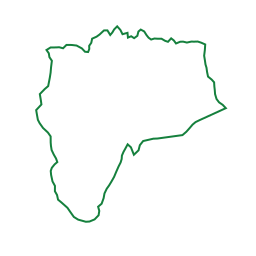 the district of Óleo, São Paulo, Brazil, rotated 9°
{"feature_id": "56859067B72488738088697", "entity_name": "Óleo", "entity_type": "district", "adm_level": 2, "iso_a3": "BRA", "parent_name": "Brazil", "parent_adm1": "São Paulo", "projection": "mercator", "projection_center": [-49.384, -22.97], "detail": "fine", "context": "isolated", "style": "outline", "palette": "green", "viewbox_px": 256, "rotation_deg": 9, "n_neighbors": 0, "source": "geoboundaries", "source_scale": "gbopen_adm2", "svg_char_len": 1720}
<svg xmlns="http://www.w3.org/2000/svg" viewBox="0 0 256 256"><g transform="rotate(9 128 128)"><path d="M128.9,30.1L125.2,28.8L123.2,31.1L122.8,35.5L120.0,38.3L116.8,36.9L113.8,38.7L112.6,34.1L107.9,36.2L105.1,32.3L101.4,29.3L98.9,32.8L97.6,36.1L95.9,38.9L92.4,34.8L89.0,35.4L85.3,40.1L82.7,42.7L78.6,45.4L78.4,49.6L76.8,52.9L77.4,56.0L76.7,59.2L73.6,59.4L70.0,56.6L64.3,54.6L59.4,54.8L54.2,55.6L51.4,59.4L47.4,59.0L44.1,59.7L38.9,60.6L35.3,63.7L38.1,66.6L39.3,70.3L42.3,73.5L42.5,80.0L42.9,85.5L42.9,90.6L42.6,99.1L39.7,102.5L35.6,108.3L37.7,114.6L38.8,118.3L34.5,124.7L36.3,130.0L37.7,134.0L40.0,137.1L44.1,141.3L49.6,145.0L52.9,148.4L53.9,154.4L54.7,157.7L56.0,161.7L58.8,165.8L61.7,169.4L63.5,172.7L61.2,175.4L59.0,179.2L58.4,182.5L59.4,186.4L61.8,192.6L64.9,196.6L65.7,201.9L68.4,205.3L70.1,209.7L73.8,211.9L80.7,216.3L84.2,220.0L88.4,224.3L93.1,226.3L101.0,227.2L104.6,226.4L109.3,223.5L112.6,218.8L112.6,214.4L110.8,210.4L113.8,206.9L114.9,201.1L115.0,196.3L116.5,191.3L118.3,187.7L120.1,183.3L121.9,178.5L123.2,173.2L124.7,167.5L126.1,163.2L126.6,159.6L126.3,156.2L127.3,152.3L128.4,149.3L130.2,144.2L133.9,146.6L138.0,153.5L141.9,148.4L142.4,143.1L145.0,138.5L154.7,134.6L158.7,133.8L182.9,126.5L186.2,122.6L188.9,118.4L191.2,114.6L193.8,111.6L197.8,108.8L221.5,93.1L217.9,90.3L213.9,88.4L210.9,85.5L208.7,80.9L207.7,76.7L206.8,73.5L205.9,69.4L203.1,67.1L199.0,64.7L197.3,60.2L196.1,56.2L194.6,53.1L193.3,48.9L191.9,44.7L191.7,39.0L191.2,33.4L187.0,32.3L183.4,31.7L180.2,32.3L176.9,32.8L172.8,34.4L169.1,34.1L166.1,34.6L162.2,37.0L159.5,34.3L156.6,32.7L154.0,36.6L151.0,36.1L147.2,34.6L143.2,35.2L140.1,35.5L137.0,37.0L134.2,35.6L131.8,33.4L128.9,30.1Z" fill="none" stroke="#15803d" stroke-width="2"/></g></svg>